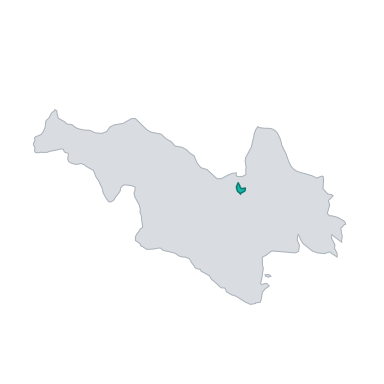 Kowon, Hamgyŏng-namdo, North Korea shown in context, rotated 248°
{"feature_id": "82179303B22851132027505", "entity_name": "Kowon", "entity_type": "district", "adm_level": 2, "iso_a3": "PRK", "parent_name": "North Korea", "parent_adm1": "Hamgyŏng-namdo", "projection": "robinson", "projection_center": [127.128, 39.407], "detail": "fine", "context": "in_parent", "style": "filled", "palette": "teal", "viewbox_px": 384, "rotation_deg": 248, "n_neighbors": 0, "source": "geoboundaries", "source_scale": "gbopen_adm2", "svg_char_len": 3780}
<svg xmlns="http://www.w3.org/2000/svg" viewBox="0 0 384 384"><g transform="rotate(248 192 192)"><path d="M228.0,277.6L226.6,278.4L224.2,282.6L221.9,287.9L219.7,290.8L217.1,292.4L214.4,293.3L208.9,293.7L204.0,293.3L202.4,292.8L195.6,293.1L193.7,293.5L183.9,293.1L178.8,293.5L175.6,294.5L172.3,296.7L169.4,299.9L166.9,303.4L161.8,309.7L158.2,312.8L158.2,317.2L158.1,318.5L156.8,319.5L156.4,319.1L154.3,318.7L146.0,314.7L139.2,317.2L137.4,320.4L135.6,321.4L132.9,315.1L128.5,314.9L121.4,309.4L118.4,310.5L117.6,312.7L113.7,317.8L108.2,322.0L106.5,322.6L104.5,322.3L104.8,321.2L102.6,316.4L94.1,314.5L91.0,312.5L89.4,312.0L97.9,306.8L100.1,305.8L98.4,304.6L96.6,304.0L89.8,304.8L86.2,303.0L80.9,303.6L77.3,302.2L84.9,297.0L85.2,294.0L85.2,291.7L89.0,284.8L92.9,281.0L102.8,275.6L107.2,274.8L110.3,275.0L112.8,274.5L110.2,272.5L107.5,271.5L102.4,271.7L97.1,268.6L96.7,265.3L107.1,244.6L107.3,242.7L105.7,237.7L105.2,232.8L97.9,229.9L94.6,229.6L85.2,224.0L81.5,221.2L80.0,222.1L79.7,226.5L78.3,227.5L75.9,228.4L74.7,223.3L72.6,219.6L66.4,215.9L64.2,213.9L65.3,209.4L64.8,209.0L65.9,204.1L69.8,200.3L79.2,193.5L81.7,190.3L86.5,186.6L88.6,186.6L90.8,186.3L91.5,184.7L92.0,183.4L93.9,182.2L98.5,180.2L103.7,177.4L107.9,176.7L113.0,172.6L115.1,170.8L117.2,170.8L117.7,170.0L118.9,167.9L120.6,166.5L122.8,166.2L126.5,165.2L131.1,164.6L134.3,161.2L135.3,158.7L137.4,156.1L141.8,153.1L144.9,148.8L148.2,144.1L149.8,142.6L151.4,142.3L152.4,140.5L153.4,135.5L155.0,130.6L155.9,128.3L159.8,125.8L160.8,124.6L161.6,124.2L163.4,124.5L165.8,123.0L168.1,121.4L170.1,122.0L172.2,123.3L174.4,126.0L175.4,128.2L177.1,130.0L177.5,132.6L179.2,133.7L182.9,134.3L188.9,136.1L192.8,136.2L195.0,137.5L199.7,138.2L208.9,137.2L212.8,137.8L214.4,139.4L216.7,140.7L218.3,140.8L220.3,138.6L222.5,134.9L223.9,132.2L223.8,130.0L222.6,127.6L219.5,125.4L217.5,122.0L215.5,118.5L214.4,117.3L213.5,115.6L213.3,113.0L213.9,111.2L218.5,110.0L224.5,109.3L229.3,110.1L237.3,109.6L242.2,108.6L245.8,108.7L249.2,108.7L250.7,107.2L255.3,103.6L257.6,102.3L260.0,99.8L260.4,97.3L260.9,95.2L262.2,93.0L264.7,90.2L266.7,89.0L269.1,89.1L271.5,90.4L273.1,91.6L274.8,91.3L276.3,89.1L277.2,88.7L280.0,88.5L280.9,87.2L281.9,80.8L282.9,75.8L283.1,72.3L285.5,66.5L286.3,63.0L287.7,61.4L289.4,61.5L290.9,62.5L292.7,63.1L295.1,62.6L296.8,63.5L297.9,65.3L301.5,66.6L301.8,67.6L301.8,73.9L303.8,76.8L306.4,79.5L310.1,81.9L312.0,82.5L313.2,84.2L314.3,87.2L316.9,90.1L318.3,92.2L318.6,94.4L319.8,95.7L317.8,97.1L315.1,96.2L310.6,95.7L304.9,100.1L301.8,101.6L299.6,105.8L295.1,108.4L292.7,111.0L289.6,115.7L287.6,120.2L282.8,124.8L280.1,130.6L280.0,135.5L283.1,140.6L283.4,144.9L281.4,153.8L282.7,163.3L281.4,167.0L266.6,173.4L262.7,176.6L257.3,185.0L250.7,188.1L246.6,191.5L240.9,193.6L237.2,199.5L233.2,202.8L228.4,204.8L224.9,207.5L216.8,207.6L211.2,209.4L207.1,214.4L195.0,220.1L193.3,224.3L194.2,231.0L194.2,236.0L193.2,240.2L190.5,239.0L189.1,240.4L187.5,244.2L188.0,248.6L192.1,250.0L195.6,251.8L200.4,252.7L203.9,254.7L211.5,264.0L217.7,268.1L219.3,269.6L222.9,271.6L226.2,274.8L228.0,277.6ZM86.7,232.3L84.4,233.7L84.3,231.1L86.1,229.0L87.9,228.7L86.7,232.3Z" fill="#d9dde1" stroke="#a8b0b8" stroke-width="1"/><path d="M183.6,238.5L182.9,237.9L182.1,237.1L181.6,236.5L180.7,235.8L180.1,235.0L179.4,235.0L178.5,234.7L177.8,234.6L176.9,234.6L175.8,234.5L175.2,234.8L174.6,235.0L174.2,235.2L173.4,235.8L172.9,235.9L172.5,236.0L172.0,236.2L172.1,236.3L172.6,237.0L172.7,237.6L172.7,238.3L172.8,238.9L172.9,240.1L173.1,241.2L173.8,241.9L174.7,242.6L175.7,242.8L176.0,241.9L176.1,241.5L176.1,240.6L176.2,240.0L176.3,239.8L176.5,239.5L177.0,239.0L177.6,238.6L178.1,238.4L178.4,238.4L178.8,238.4L179.3,238.6L180.0,238.7L181.4,238.4L182.1,238.3L182.7,238.4L183.3,238.4L183.6,238.5Z" fill="#14b8a6" stroke="#0f766e" stroke-width="1.5"/></g></svg>